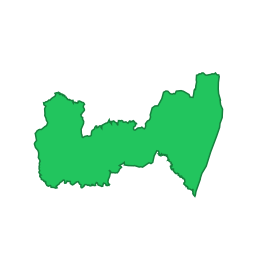 Cape Coast Metropolitan, Central, Ghana, rotated 292°
{"feature_id": "2480657B31989943834082", "entity_name": "Cape Coast Metropolitan", "entity_type": "district", "adm_level": 2, "iso_a3": "GHA", "parent_name": "Ghana", "parent_adm1": "Central", "projection": "albers", "projection_center": [-1.304, 5.176], "detail": "fine", "context": "isolated", "style": "filled", "palette": "green", "viewbox_px": 256, "rotation_deg": 292, "n_neighbors": 0, "source": "geoboundaries", "source_scale": "gbopen_adm2", "svg_char_len": 5797}
<svg xmlns="http://www.w3.org/2000/svg" viewBox="0 0 256 256"><g transform="rotate(292 128 128)"><path d="M45.2,83.6L46.0,84.6L46.9,83.2L47.4,83.3L47.7,83.8L48.7,84.0L50.0,85.0L51.9,85.4L53.6,86.7L54.9,87.1L55.7,87.9L55.7,88.4L55.1,89.0L53.2,89.8L53.1,90.2L53.8,91.2L56.0,91.4L55.9,92.3L56.7,93.9L56.8,94.5L55.4,95.0L54.9,95.5L54.4,97.7L55.4,98.8L56.5,99.2L57.9,100.3L58.5,100.3L59.6,102.0L57.9,104.1L57.8,105.6L55.9,106.3L55.2,107.0L55.3,107.7L57.4,109.0L57.9,108.7L58.7,109.2L59.3,109.2L59.9,110.4L59.8,112.2L60.5,113.2L60.1,113.8L60.2,114.7L61.2,116.1L61.7,115.5L62.2,115.7L62.5,116.6L62.0,117.2L61.9,118.1L62.6,119.4L63.8,118.8L64.7,119.1L65.6,119.1L65.7,119.8L65.4,120.3L64.0,121.6L64.0,123.3L64.2,124.1L63.9,125.2L64.4,126.2L64.7,125.9L65.3,126.2L66.2,126.0L66.9,126.2L67.3,125.9L67.9,126.2L67.9,127.8L67.4,128.7L66.8,128.9L66.6,129.4L67.1,129.7L67.0,130.7L67.8,131.3L67.7,131.8L68.8,132.0L69.0,130.8L70.4,129.6L72.9,129.0L75.9,129.1L80.0,128.4L80.8,127.8L81.7,126.1L81.5,127.4L80.4,129.2L80.4,129.6L81.2,131.2L81.6,133.1L82.2,134.0L82.5,134.9L85.0,135.6L86.5,135.5L89.2,136.7L89.6,136.0L89.9,134.0L91.2,134.8L92.0,135.7L94.7,137.4L92.8,138.4L92.4,138.4L93.2,142.1L95.2,147.7L95.6,148.1L96.0,153.0L96.9,154.4L97.2,156.2L103.7,160.5L103.6,162.6L105.4,163.8L112.0,162.7L117.7,163.3L117.9,164.7L117.6,165.3L115.9,166.4L115.4,165.8L115.2,166.6L114.6,166.8L114.5,167.3L115.0,167.5L114.5,167.9L114.5,168.5L115.2,168.2L115.0,169.0L116.6,168.9L116.4,169.3L115.8,169.7L115.7,170.3L115.8,170.5L116.3,170.4L116.7,170.7L116.8,171.2L116.3,172.1L116.5,172.5L117.1,172.0L117.3,172.3L117.1,173.5L117.5,174.2L116.7,174.6L116.2,174.4L116.1,175.4L114.2,177.0L113.1,176.9L113.8,177.8L112.9,178.0L112.4,179.4L112.3,180.8L111.4,181.5L110.9,181.3L110.7,182.7L109.8,182.8L109.4,182.4L108.9,182.8L108.6,181.7L108.0,181.8L107.6,182.6L106.9,182.7L106.6,183.4L106.2,183.5L106.0,183.8L106.6,183.9L106.7,184.2L106.5,184.8L106.8,185.3L106.0,185.3L106.1,185.9L105.4,186.1L104.1,188.1L104.3,188.4L103.7,189.2L103.9,190.2L104.6,190.8L104.4,191.9L103.9,191.8L103.6,192.3L103.1,192.3L103.2,193.2L102.6,193.8L103.1,195.0L102.2,194.7L102.2,195.8L102.7,196.6L101.8,197.6L102.1,197.9L101.9,198.2L102.1,198.5L101.6,199.0L101.6,199.7L99.4,200.9L98.7,200.9L98.3,200.5L97.0,200.7L97.1,201.3L96.4,202.1L96.3,203.3L95.4,203.8L95.9,204.8L95.8,205.2L95.3,205.8L94.7,205.7L94.1,206.5L94.6,208.3L94.3,210.2L95.3,211.1L95.0,211.5L94.6,211.4L93.3,211.8L92.9,212.3L91.7,212.6L90.7,213.6L89.7,215.6L91.0,215.6L94.4,214.8L107.4,214.2L109.2,213.8L113.7,213.5L121.9,214.8L136.7,213.6L153.6,213.2L162.8,212.7L166.6,211.6L172.9,211.4L180.9,208.6L184.2,205.2L188.3,202.9L188.5,203.2L193.8,199.1L198.1,197.0L204.2,194.7L209.8,193.3L211.2,192.2L210.7,191.1L210.9,189.9L211.8,188.5L210.4,187.6L209.6,185.5L208.7,184.7L206.5,181.3L206.3,180.7L206.2,179.8L207.2,177.3L206.8,176.0L205.5,175.3L204.8,173.7L203.2,172.8L202.6,171.8L198.1,173.3L196.3,174.4L192.5,175.1L190.4,175.8L189.7,175.6L188.9,176.1L188.5,175.9L188.5,175.3L187.9,175.2L184.0,176.2L180.7,176.8L179.9,174.0L181.9,172.0L182.8,165.6L182.5,163.2L180.3,159.0L177.2,158.7L177.0,157.3L175.9,156.4L175.6,154.2L177.0,151.2L176.5,149.3L174.4,147.6L167.8,148.4L159.8,147.5L158.5,144.7L155.7,142.9L148.4,143.7L146.6,144.8L144.6,145.0L143.2,144.7L141.7,143.4L138.5,142.6L136.4,143.7L134.4,143.9L133.3,143.4L133.7,141.0L134.0,140.5L132.7,139.5L132.3,138.2L131.5,137.0L128.9,135.6L128.5,134.8L128.6,134.0L129.0,133.5L131.2,132.9L132.1,133.7L133.0,134.0L134.3,133.5L135.1,134.3L135.5,133.6L134.9,133.1L135.9,132.2L136.7,130.5L136.1,130.4L136.3,129.8L135.6,129.6L135.4,128.7L135.2,128.8L134.6,128.2L135.2,127.1L135.0,126.8L132.4,126.2L132.9,123.8L131.7,121.9L131.7,121.3L132.4,120.6L132.6,119.7L132.4,119.0L131.7,118.3L131.8,117.8L131.3,116.4L130.7,116.7L128.9,116.6L126.6,117.6L128.4,115.3L128.6,113.4L129.0,112.9L129.1,111.9L128.2,111.4L128.3,110.8L127.7,110.2L125.6,111.1L126.7,109.3L127.6,108.7L127.6,108.4L127.1,108.3L128.5,107.5L127.5,107.3L127.1,107.6L124.7,106.7L124.3,105.8L120.9,103.0L119.8,103.0L117.8,103.8L118.4,102.8L119.3,102.9L119.9,102.3L119.2,100.7L117.5,100.2L116.5,99.1L116.6,98.9L118.0,98.5L118.1,98.1L117.8,97.5L116.1,97.0L115.4,97.2L114.1,97.0L112.3,95.7L110.7,95.7L107.5,96.6L106.9,96.4L106.4,96.1L105.4,94.3L105.6,93.3L103.7,90.7L102.3,89.9L102.5,88.9L104.1,88.0L105.3,86.9L109.3,85.0L115.4,85.1L117.4,84.5L118.4,83.6L118.8,82.7L120.8,82.0L120.9,80.6L122.9,79.2L123.5,79.8L124.6,79.8L126.7,80.6L128.3,80.9L129.3,80.3L130.6,78.7L132.3,78.3L133.7,78.8L134.7,77.4L134.8,76.6L134.5,75.9L134.8,74.4L134.8,72.8L134.1,71.8L133.3,72.4L132.2,72.0L132.0,71.5L132.4,71.3L131.7,70.1L132.1,69.3L131.5,68.1L130.5,68.1L131.4,67.1L131.9,67.4L133.0,66.6L132.2,65.4L132.4,63.1L132.1,63.1L132.3,62.5L131.8,62.0L131.9,61.1L132.5,60.6L132.6,60.0L133.5,58.9L133.3,58.5L133.4,57.6L134.4,57.2L134.4,56.4L133.6,55.8L133.6,55.3L134.3,55.5L134.6,55.3L134.7,53.8L134.2,53.4L134.5,52.9L134.4,52.5L133.9,52.8L133.6,52.1L134.1,52.1L134.1,51.6L134.5,52.0L134.8,52.0L135.1,50.1L134.0,49.2L133.9,48.5L132.8,47.3L132.0,48.4L129.9,48.4L128.8,47.4L126.6,46.0L124.6,45.3L124.3,44.2L122.3,43.3L121.5,42.0L119.7,40.9L119.7,40.4L118.0,41.4L117.5,43.6L114.6,43.5L110.3,45.6L108.4,46.2L106.1,48.5L104.6,49.4L103.3,51.2L102.5,51.6L100.1,51.6L99.1,51.2L98.6,50.7L94.1,48.2L93.6,46.7L92.8,45.8L91.1,44.7L89.3,44.5L88.3,44.0L82.2,47.9L79.8,47.2L78.6,47.1L78.0,47.3L75.2,49.6L73.4,53.0L71.6,54.4L70.0,55.1L66.9,56.0L65.1,58.3L64.2,59.0L63.4,58.8L61.7,59.1L61.0,59.7L58.7,60.1L58.4,60.6L57.9,60.5L56.8,60.9L55.2,62.2L53.9,61.9L53.3,62.2L52.4,63.6L52.0,63.8L51.8,64.9L51.1,64.2L50.7,64.5L50.4,64.2L50.0,64.4L48.7,66.7L47.9,66.9L47.8,69.4L47.2,69.8L47.1,70.3L47.4,70.9L46.9,71.2L47.1,72.1L46.0,72.3L44.4,74.3L44.2,75.9L45.6,77.5L45.5,78.0L44.2,78.9L45.0,81.1L45.2,83.6Z" fill="#22c55e" stroke="#15803d" stroke-width="1.5"/></g></svg>